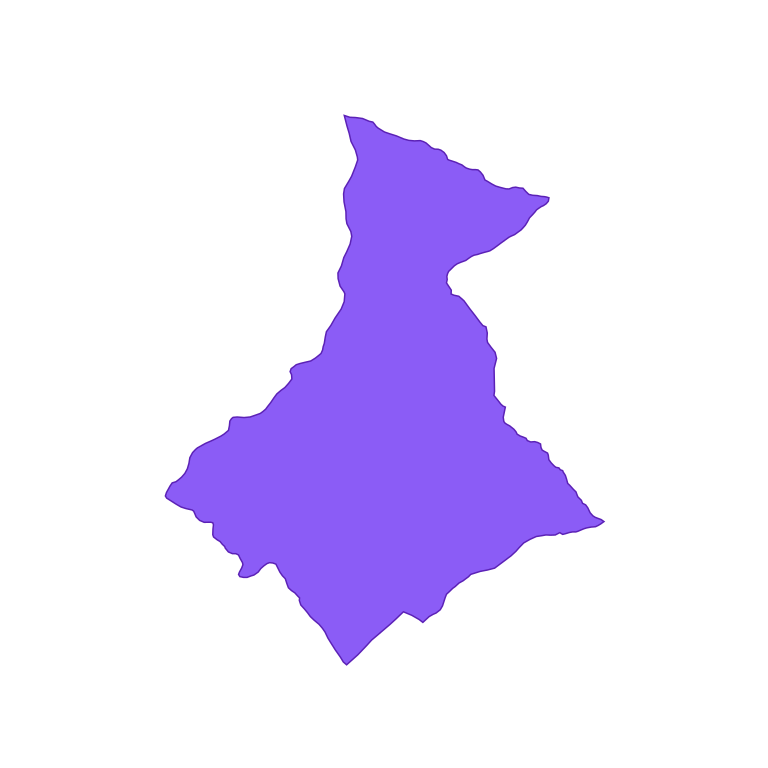 Gesarling, Daga, Bhutan, rotated 54°
{"feature_id": "84629894B4625986798859", "entity_name": "Gesarling", "entity_type": "district", "adm_level": 2, "iso_a3": "BTN", "parent_name": "Bhutan", "parent_adm1": "Daga", "projection": "equal_earth", "projection_center": [89.891, 26.922], "detail": "fine", "context": "isolated", "style": "filled", "palette": "violet", "viewbox_px": 768, "rotation_deg": 54, "n_neighbors": 0, "source": "geoboundaries", "source_scale": "gbopen_adm2", "svg_char_len": 4826}
<svg xmlns="http://www.w3.org/2000/svg" viewBox="0 0 768 768"><g transform="rotate(54 384 384)"><path d="M339.5,613.5L340.8,617.1L343.9,623.7L346.1,626.7L348.6,626.9L352.4,625.4L359.0,622.8L364.2,620.5L368.3,617.5L373.0,613.4L374.9,612.7L377.8,613.3L381.1,614.1L386.0,613.3L390.2,610.8L392.0,608.2L394.0,605.4L395.6,604.1L397.6,604.7L400.8,607.6L405.3,611.1L407.6,611.8L412.1,610.5L415.1,609.2L418.9,609.0L421.8,608.4L423.5,608.9L428.4,608.6L432.1,606.4L434.3,603.5L436.8,602.2L440.4,602.9L445.4,603.5L447.3,604.4L449.2,607.3L451.2,611.5L452.6,613.6L455.1,613.8L457.9,611.3L460.0,608.4L461.1,604.4L462.1,601.5L462.2,596.3L460.9,592.2L460.5,588.2L460.5,584.3L461.2,581.7L463.4,579.2L466.2,577.3L469.7,577.9L475.0,578.8L479.4,578.9L483.5,578.3L488.4,579.9L492.7,581.1L496.7,580.3L500.5,578.9L505.2,578.4L507.4,578.0L509.3,579.7L513.9,581.2L519.4,580.6L524.2,580.3L528.8,580.3L533.8,579.4L540.2,577.8L545.3,577.4L550.0,577.5L556.5,578.7L561.6,579.1L570.8,579.7L579.0,579.8L585.0,580.3L589.2,579.3L587.7,564.4L585.3,551.3L583.9,544.6L583.4,537.9L582.0,520.3L581.1,512.3L579.7,502.2L587.4,497.5L595.2,494.0L599.7,492.7L598.7,484.2L599.2,479.6L599.9,476.5L599.7,471.2L597.9,467.1L595.5,463.8L592.8,460.1L590.8,457.0L590.4,453.3L589.7,448.5L589.7,445.4L589.1,440.4L589.7,435.4L589.6,432.7L589.6,429.0L589.0,425.7L592.2,416.2L595.3,409.6L598.0,402.7L597.9,397.5L597.8,389.2L597.7,385.3L597.7,382.4L596.9,375.6L595.8,370.8L594.7,364.4L595.5,357.2L596.9,350.4L599.5,345.4L601.3,341.7L604.1,338.2L606.8,334.2L607.6,329.1L609.2,328.5L610.7,327.8L611.8,325.1L613.1,321.3L614.6,318.2L616.4,315.8L617.1,313.8L617.9,310.3L618.6,307.4L619.5,304.7L621.5,300.5L622.6,298.7L623.8,296.7L624.3,294.0L624.6,290.9L624.6,286.9L621.3,288.0L617.7,290.4L615.8,291.6L613.4,292.5L609.3,292.9L607.1,292.5L603.9,291.9L602.1,291.9L600.3,291.9L597.2,293.5L594.1,292.7L591.7,293.1L589.2,293.5L586.1,292.7L584.2,292.1L580.6,292.7L575.0,293.3L572.4,293.8L568.2,292.2L564.5,291.0L560.7,290.8L559.1,290.4L557.0,291.8L554.7,291.8L552.3,294.0L549.8,294.6L546.0,295.1L542.1,295.1L538.1,292.9L536.0,292.3L532.5,294.0L530.4,294.9L527.6,294.3L524.5,292.6L521.7,294.0L519.2,296.0L517.1,299.4L514.0,301.3L511.4,301.0L508.9,302.5L506.1,304.4L502.8,305.8L500.2,305.3L497.0,305.5L491.8,306.9L488.7,308.4L486.7,309.1L484.8,309.1L481.0,307.1L474.0,299.4L471.8,300.7L469.1,301.3L463.7,301.5L457.9,301.8L454.9,298.9L447.6,293.8L436.1,285.8L429.5,277.9L423.6,275.5L417.0,275.8L411.2,275.8L408.1,274.3L403.5,270.5L397.7,267.9L394.9,269.7L390.3,270.0L381.9,270.1L373.5,270.4L363.6,270.4L357.0,271.9L353.2,275.3L350.6,276.8L347.6,274.4L340.7,274.1L338.9,274.0L336.7,271.5L333.9,269.9L332.1,267.7L330.9,265.5L330.5,262.7L330.1,260.1L329.7,257.5L329.8,254.0L330.7,250.1L331.3,248.1L332.1,245.2L332.1,241.0L332.2,238.3L332.7,235.5L334.2,232.1L335.0,229.5L336.6,225.1L337.8,222.1L338.5,220.0L338.8,215.6L338.7,207.2L338.7,200.8L338.7,196.7L339.1,194.2L339.9,190.5L339.9,186.7L339.9,182.4L339.2,178.9L338.6,176.3L337.2,172.9L335.1,168.6L334.2,163.6L333.5,160.5L332.8,158.3L332.8,155.6L332.9,152.5L333.4,150.2L333.5,146.8L332.7,143.6L330.3,141.1L328.4,142.5L326.6,144.2L324.6,146.6L321.7,149.2L318.7,152.8L315.7,155.4L311.5,156.1L307.3,156.5L305.1,159.1L302.2,161.7L300.7,164.4L299.7,168.2L297.9,170.5L296.3,171.9L292.9,174.7L289.5,177.3L285.4,179.3L280.8,181.2L278.3,182.4L273.3,181.2L269.1,181.4L266.1,182.1L264.4,183.9L262.5,186.5L260.7,188.3L257.8,190.4L255.9,191.2L252.5,192.2L250.0,193.8L247.1,195.4L244.3,197.4L241.2,199.7L239.7,200.5L236.1,199.3L232.1,199.3L228.3,200.5L226.0,202.1L223.7,205.0L220.5,206.8L213.7,208.3L211.0,209.7L208.4,211.6L205.2,216.5L201.4,220.8L197.4,224.0L190.6,228.1L184.8,232.4L180.4,235.5L176.5,237.1L173.6,238.3L171.1,238.9L168.0,238.9L165.5,239.1L162.7,241.6L156.6,245.3L151.7,250.4L148.2,254.8L143.4,258.3L153.8,262.4L160.7,264.8L168.4,268.1L177.8,269.6L184.6,272.1L187.3,273.6L191.4,279.4L196.9,288.1L199.5,293.8L202.6,301.1L206.5,305.0L213.2,309.3L222.2,313.5L228.1,317.6L232.5,319.8L241.2,321.2L245.6,323.3L250.9,329.2L255.1,336.4L258.1,342.2L263.4,349.0L267.1,356.0L271.8,359.2L279.0,362.0L286.0,362.2L288.1,362.7L294.0,367.8L298.2,374.6L301.9,384.9L305.4,392.6L307.8,399.8L311.4,403.8L316.1,408.5L318.0,411.2L320.4,413.7L322.3,417.0L322.5,419.7L322.7,424.4L322.3,429.8L320.5,434.0L318.1,439.8L316.8,443.7L317.0,446.6L317.0,450.1L318.8,452.7L322.1,453.3L325.8,455.6L327.4,460.8L328.6,466.3L328.6,470.9L329.0,476.4L330.4,480.9L332.5,486.7L333.7,491.0L334.8,494.5L335.1,498.1L335.1,501.4L333.9,505.5L332.0,511.7L328.9,516.9L324.4,522.2L322.3,525.7L322.4,527.7L323.4,530.5L327.0,533.7L330.1,537.1L330.5,542.7L330.3,546.5L329.2,553.4L328.4,557.5L327.1,563.4L326.0,572.4L326.2,575.0L327.0,579.2L329.5,584.4L333.5,588.4L337.0,592.9L339.3,597.7L340.4,602.5L340.7,606.4L340.8,609.7L339.5,613.5Z" fill="#8b5cf6" stroke="#5b21b6" stroke-width="1.5"/></g></svg>